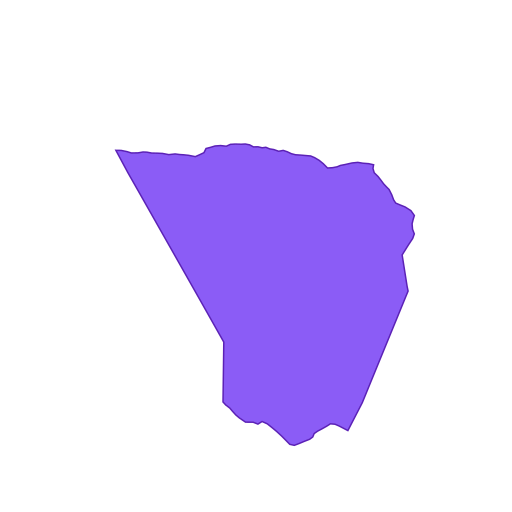 Candiba, Bahia, Brazil, rotated 125°
{"feature_id": "56859067B67579783973677", "entity_name": "Candiba", "entity_type": "district", "adm_level": 2, "iso_a3": "BRA", "parent_name": "Brazil", "parent_adm1": "Bahia", "projection": "natural_earth1", "projection_center": [-42.851, -14.43], "detail": "fine", "context": "isolated", "style": "filled", "palette": "violet", "viewbox_px": 512, "rotation_deg": 125, "n_neighbors": 0, "source": "geoboundaries", "source_scale": "gbopen_adm2", "svg_char_len": 1555}
<svg xmlns="http://www.w3.org/2000/svg" viewBox="0 0 512 512"><g transform="rotate(125 256 256)"><path d="M395.4,195.3L395.6,190.3L396.7,186.1L397.8,181.3L398.2,176.7L398.1,169.3L393.8,163.0L392.6,158.0L388.1,156.1L387.0,150.5L387.4,144.0L387.9,138.3L388.8,131.6L389.7,126.7L390.9,120.3L389.1,116.0L384.7,113.0L380.4,110.3L375.3,106.9L371.7,105.7L368.1,106.5L364.2,105.1L359.7,102.8L354.9,100.5L350.8,98.8L348.5,94.8L347.6,90.5L347.0,86.0L346.3,80.6L315.2,84.8L307.2,86.6L297.1,88.9L202.9,110.1L197.5,111.3L194.2,114.8L171.3,136.9L159.6,137.5L151.8,137.7L147.1,139.0L144.3,143.1L140.1,146.6L136.0,148.2L132.0,149.5L130.0,155.1L130.3,162.0L131.6,167.6L132.5,171.9L131.1,175.4L128.0,179.9L125.2,185.1L124.5,189.0L123.7,192.8L122.3,197.0L120.9,201.5L120.0,206.9L117.2,210.4L113.8,212.0L115.8,216.8L118.7,221.7L120.9,226.3L124.7,230.7L130.2,235.7L133.4,238.8L136.4,240.7L139.7,243.9L142.9,247.9L141.8,253.8L141.4,259.1L141.8,264.4L142.7,268.6L147.5,276.9L150.4,281.7L151.9,285.7L152.7,290.3L153.9,294.3L157.2,297.5L158.6,302.5L160.4,306.2L161.3,310.3L163.8,313.0L165.4,317.0L168.1,320.7L168.6,325.0L170.4,329.0L172.9,332.2L176.2,337.2L179.2,341.0L183.1,343.3L185.8,348.3L189.4,352.7L193.1,355.6L196.6,358.6L201.2,357.9L204.9,360.0L209.4,362.7L212.2,369.0L214.7,373.5L216.7,376.8L218.8,380.8L223.0,385.6L225.6,391.4L228.3,395.7L231.5,400.5L233.5,404.9L235.6,408.2L239.2,411.8L243.1,417.2L244.5,421.6L246.9,427.1L249.8,431.4L261.2,408.8L272.5,385.0L321.9,281.3L345.0,233.0L394.5,199.3L395.4,195.3Z" fill="#8b5cf6" stroke="#5b21b6" stroke-width="1.5"/></g></svg>